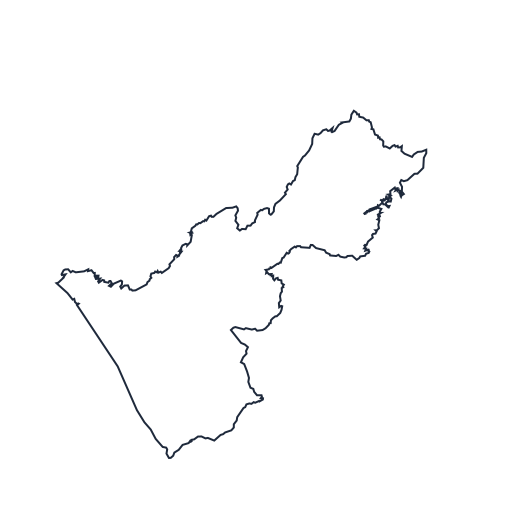 Cianjur, Jawa Barat, Indonesia, rotated 49°
{"feature_id": "22746128B34542084533901", "entity_name": "Cianjur", "entity_type": "district", "adm_level": 2, "iso_a3": "IDN", "parent_name": "Indonesia", "parent_adm1": "Jawa Barat", "projection": "equal_earth", "projection_center": [107.144, -7.054], "detail": "fine", "context": "isolated", "style": "outline", "palette": "slate", "viewbox_px": 512, "rotation_deg": 49, "n_neighbors": 0, "source": "geoboundaries", "source_scale": "gbopen_adm2", "svg_char_len": 6091}
<svg xmlns="http://www.w3.org/2000/svg" viewBox="0 0 512 512"><g transform="rotate(49 256 256)"><path d="M315.1,279.9L314.9,275.1L313.4,272.1L311.1,269.2L310.1,269.8L309.9,272.1L306.5,269.6L305.8,266.6L302.1,264.3L300.3,261.8L299.9,259.8L297.1,257.7L297.4,255.8L296.4,255.7L295.9,253.8L293.5,254.6L291.0,252.9L288.4,254.9L286.7,254.0L286.0,255.6L286.4,258.1L284.3,258.0L282.7,256.4L282.0,257.1L281.7,256.1L280.2,257.5L279.7,256.2L278.1,258.3L275.8,258.2L275.6,259.6L274.2,257.9L272.8,257.9L274.5,255.0L274.1,254.2L274.9,252.7L274.3,252.3L275.2,251.7L275.9,244.9L276.7,244.3L276.5,242.3L277.3,241.7L274.8,237.5L275.3,236.2L273.7,230.7L275.3,230.2L275.5,229.3L275.0,227.7L274.1,227.5L273.8,225.0L274.3,220.6L275.7,220.2L275.5,218.5L277.5,216.2L278.9,216.3L285.0,210.2L283.6,207.4L284.8,206.1L289.4,205.5L296.7,200.4L299.5,200.9L302.9,199.2L304.2,199.7L308.6,195.5L309.2,193.0L311.8,192.8L315.1,190.3L316.2,188.6L316.0,187.0L318.9,183.2L324.9,182.5L325.3,179.4L324.7,177.6L327.4,173.5L326.5,171.4L327.6,169.0L327.0,167.6L325.2,168.0L325.4,166.1L323.7,170.0L322.7,168.0L321.2,169.4L320.8,167.4L319.2,167.4L319.1,166.4L320.2,165.3L318.6,162.0L318.7,155.8L316.4,154.7L316.1,153.2L317.5,151.1L316.5,148.8L315.1,148.9L315.9,147.9L315.7,145.0L312.6,143.2L309.9,139.4L308.1,140.3L308.2,138.4L306.8,138.0L307.4,136.5L305.7,135.7L305.1,137.8L304.9,136.7L304.8,137.2L304.6,137.6L305.4,133.5L304.7,134.3L303.7,133.4L302.7,130.5L299.4,132.5L297.0,139.9L296.0,139.7L296.6,141.4L295.2,142.5L295.9,143.3L295.9,143.9L295.3,144.3L295.7,146.1L295.1,147.2L295.6,146.1L294.9,146.2L295.0,144.2L295.7,143.7L294.9,142.7L295.8,140.9L295.3,139.9L297.9,133.0L299.0,133.4L298.8,131.8L297.7,130.7L298.8,130.2L298.6,125.4L300.5,126.0L301.7,124.7L305.9,124.3L305.6,123.4L306.2,123.4L305.8,122.5L304.9,123.9L301.9,124.0L301.0,122.4L301.6,120.9L300.2,119.1L298.5,119.8L298.2,123.1L297.4,124.2L296.9,123.8L297.0,124.8L296.5,124.5L295.5,125.2L295.0,125.2L296.7,124.4L296.9,123.4L297.3,123.9L297.0,122.6L297.8,121.9L298.0,120.3L296.8,119.1L296.1,117.7L298.0,119.9L299.5,117.6L301.7,120.2L303.3,118.6L301.6,116.2L298.4,116.3L298.8,114.8L296.5,115.7L297.6,114.0L295.1,112.2L295.4,106.5L296.3,107.0L297.4,105.2L298.2,107.7L298.9,105.6L299.7,106.2L299.6,104.9L300.4,105.4L301.3,104.5L302.5,105.3L302.3,106.4L303.6,106.6L303.2,105.8L303.7,105.0L305.2,107.4L306.5,107.7L305.8,106.5L306.2,103.8L303.1,103.7L299.6,100.4L295.1,99.3L294.0,96.5L296.5,95.4L298.1,92.0L297.9,82.5L299.8,80.1L299.2,71.9L292.0,64.9L290.1,60.0L287.5,57.8L285.9,62.4L283.5,65.7L282.9,70.3L283.6,73.2L276.2,76.8L272.1,77.3L268.8,73.9L268.6,75.9L267.3,77.5L265.8,76.8L265.0,78.9L263.2,78.7L262.5,80.6L262.6,84.5L258.4,86.2L257.4,87.8L256.0,87.5L253.0,84.7L250.4,84.8L249.3,85.8L247.5,84.9L246.9,86.2L245.1,85.0L242.4,86.5L237.4,84.3L235.9,85.5L235.0,84.1L230.3,81.7L228.8,82.4L227.5,81.8L226.1,83.6L221.8,84.3L218.7,86.7L216.6,85.3L215.5,86.8L213.7,86.1L210.6,86.9L211.9,91.3L214.6,94.3L215.7,97.3L211.6,103.5L212.2,103.4L211.3,107.4L213.2,114.7L212.4,117.4L211.7,117.5L209.6,114.2L209.6,118.2L208.9,119.6L206.5,119.8L205.1,123.0L205.6,126.7L205.2,129.4L202.2,131.6L204.2,136.2L208.3,140.1L211.2,146.7L212.3,153.2L212.0,155.4L215.2,165.9L216.6,166.3L221.3,171.3L222.3,174.4L224.2,177.0L223.7,178.9L225.0,182.7L223.1,183.3L222.9,184.9L224.0,187.5L226.6,188.5L227.2,192.6L228.9,192.9L229.8,201.6L229.4,207.1L231.1,210.5L234.0,213.3L234.7,217.1L234.4,217.9L232.4,218.2L228.8,215.2L227.1,216.2L225.7,219.0L225.5,221.4L224.4,222.1L224.3,226.8L225.9,227.7L228.4,233.4L229.7,234.5L228.9,237.5L229.5,240.2L227.5,242.6L229.0,246.2L226.4,248.8L226.2,251.5L222.7,252.0L220.9,248.8L216.0,248.5L214.1,245.8L211.8,244.9L210.0,239.9L207.9,238.5L205.6,238.4L204.1,242.1L200.2,247.1L198.3,258.2L198.5,262.4L197.3,263.8L196.0,263.5L195.2,265.3L196.7,270.2L195.3,270.6L195.9,272.3L195.0,273.0L194.7,276.5L193.7,277.3L193.7,279.6L192.9,280.3L193.4,282.0L193.0,286.3L194.7,288.8L195.7,288.7L194.8,290.7L196.2,290.0L195.8,290.9L196.9,291.6L196.9,290.6L198.1,290.7L202.4,296.0L202.9,300.9L202.1,300.1L200.7,301.1L199.8,304.6L200.8,307.2L202.2,308.3L201.6,308.7L201.9,310.4L202.4,309.8L203.1,310.6L203.9,309.6L204.6,313.2L205.3,313.8L205.0,315.8L204.2,315.0L202.8,315.6L203.1,318.5L204.8,319.8L205.5,326.8L207.1,327.5L207.9,329.9L207.0,338.2L205.3,338.2L204.5,340.6L202.8,340.1L203.3,341.5L201.6,342.3L202.1,343.8L200.6,346.6L202.1,349.0L203.8,349.3L203.8,351.4L204.7,352.6L204.5,355.0L205.7,357.2L202.9,369.4L201.0,372.0L199.6,372.0L198.5,373.3L194.2,371.9L192.0,374.7L192.1,379.0L190.0,378.5L189.5,375.9L187.3,373.7L185.9,374.1L183.6,381.4L184.0,385.7L182.1,386.5L182.0,382.7L179.4,382.2L178.7,383.1L179.3,384.9L176.0,387.5L174.8,386.6L173.4,387.5L173.0,392.1L171.6,391.8L170.8,388.4L168.3,391.9L166.5,391.3L168.2,388.7L167.5,387.8L165.0,390.7L163.0,388.8L162.3,389.7L158.8,389.5L157.2,392.7L156.0,391.4L154.8,395.8L150.1,402.7L147.0,404.2L146.8,406.5L142.8,406.5L141.0,408.8L140.6,410.6L142.2,414.7L143.0,415.0L144.9,411.8L145.8,415.5L146.1,414.5L146.4,422.7L145.6,424.4L160.3,422.6L168.6,423.0L169.1,421.3L172.0,422.8L174.9,422.5L175.2,421.3L175.7,421.1L175.5,423.3L248.6,432.8L294.2,447.0L308.3,449.3L317.9,449.3L328.2,451.7L338.9,451.7L341.7,449.5L343.7,449.9L346.4,453.2L351.3,454.2L352.4,452.8L352.4,449.5L350.8,446.6L351.6,441.5L350.4,435.3L353.0,429.6L352.4,427.2L353.4,427.1L353.5,426.0L352.4,425.3L353.8,423.0L354.2,418.2L356.5,415.5L360.5,413.8L361.7,411.7L367.9,408.6L367.8,400.1L368.9,397.7L368.9,395.1L371.4,389.0L370.9,385.3L368.4,383.1L367.5,378.5L365.3,375.9L362.5,365.1L363.0,363.3L361.7,360.6L362.9,357.8L364.6,356.4L364.8,353.6L366.2,352.9L367.4,348.9L368.0,348.9L368.8,345.0L368.0,344.1L366.5,345.6L366.1,343.9L364.7,343.2L361.8,346.6L357.3,346.5L354.5,345.2L351.8,346.6L346.0,344.4L343.4,341.3L337.3,338.5L329.8,335.8L326.3,337.1L324.0,332.1L323.5,327.2L321.2,325.9L319.5,321.9L315.5,322.5L311.8,324.3L295.4,323.5L295.3,320.1L296.1,318.2L303.5,313.2L303.8,311.0L308.8,307.4L310.3,304.4L313.1,304.2L316.2,299.6L316.8,296.2L316.4,291.5L315.5,290.1L316.3,289.0L314.3,286.9L314.0,284.3L314.2,281.0L315.1,279.9Z" fill="none" stroke="#1e293b" stroke-width="2"/></g></svg>